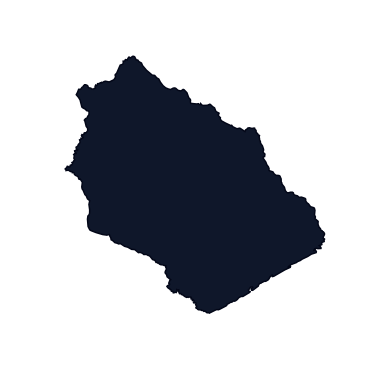 the district of Muanza, Sofala, Mozambique, rotated 19°
{"feature_id": "85939544B50673994435668", "entity_name": "Muanza", "entity_type": "district", "adm_level": 2, "iso_a3": "MOZ", "parent_name": "Mozambique", "parent_adm1": "Sofala", "projection": "mercator", "projection_center": [34.955, -19.086], "detail": "fine", "context": "isolated", "style": "filled", "palette": "ink", "viewbox_px": 384, "rotation_deg": 19, "n_neighbors": 0, "source": "geoboundaries", "source_scale": "gbopen_adm2", "svg_char_len": 5982}
<svg xmlns="http://www.w3.org/2000/svg" viewBox="0 0 384 384"><g transform="rotate(19 192 192)"><path d="M88.5,84.9L88.0,86.1L87.8,88.2L86.1,88.4L85.8,88.9L85.8,90.1L84.3,90.7L85.0,92.4L84.9,93.8L82.8,95.4L82.1,104.2L81.2,106.0L81.3,106.6L82.2,107.9L82.1,109.5L81.5,111.4L77.9,114.9L74.1,115.4L73.0,116.1L71.6,117.8L70.9,117.7L70.6,118.5L69.7,118.5L69.1,119.6L67.5,120.3L67.4,122.3L67.0,122.5L66.2,122.3L66.3,123.0L65.9,123.5L66.9,125.3L65.9,125.8L65.2,127.0L64.6,126.9L63.6,127.4L62.5,126.7L61.7,127.0L60.0,127.0L59.0,125.7L58.2,125.3L56.6,125.2L55.5,125.6L54.8,127.0L54.8,127.8L53.9,128.9L53.2,131.2L51.4,131.8L51.3,135.0L50.9,137.7L53.9,139.5L56.2,141.4L60.2,147.5L61.5,148.0L64.0,148.4L66.0,149.4L68.0,149.1L68.8,150.3L69.4,152.6L68.7,154.5L68.8,156.0L67.4,157.4L66.8,159.1L67.7,159.9L70.6,164.4L72.5,165.7L73.4,167.8L72.7,170.3L71.6,170.8L71.5,171.2L71.0,171.2L71.1,172.0L70.8,172.3L70.9,172.9L70.1,173.2L69.5,174.1L69.2,173.9L69.1,174.6L69.6,175.2L70.1,175.2L70.3,175.7L71.0,175.6L71.4,176.1L70.0,177.7L69.6,177.5L69.6,178.5L68.7,179.3L69.8,180.8L70.0,182.0L69.0,184.2L69.3,184.7L69.0,185.3L69.1,185.7L67.8,187.4L69.0,189.4L70.0,189.1L70.3,189.6L70.1,190.2L68.8,190.2L67.6,191.3L68.1,192.1L69.4,192.6L70.0,193.3L69.8,193.6L68.8,193.4L67.9,195.1L68.9,195.9L69.3,198.5L70.6,199.8L70.0,201.1L70.1,202.0L68.9,203.2L69.7,203.9L69.8,204.6L69.5,205.7L69.1,205.6L68.2,206.4L68.3,208.1L67.0,208.6L66.6,208.2L65.7,208.3L65.5,209.8L64.6,211.5L65.8,212.0L65.9,212.7L68.1,211.6L70.3,212.2L72.1,211.9L72.6,212.7L73.5,212.1L74.0,212.2L75.2,213.7L76.5,214.2L79.2,214.5L80.8,216.6L81.4,216.7L82.2,216.2L85.2,218.6L86.1,223.0L87.1,224.8L88.5,225.8L91.7,229.4L93.1,229.9L95.4,232.5L98.1,233.5L98.6,237.3L101.1,242.3L102.1,245.5L102.1,247.0L101.4,248.6L102.0,251.7L105.0,258.5L107.7,261.1L109.2,261.4L114.5,261.6L121.5,261.3L125.5,260.5L127.7,259.1L128.7,260.5L130.1,261.7L131.1,263.5L132.7,263.7L135.6,265.0L137.9,264.8L139.5,265.0L141.2,264.1L145.9,265.3L149.3,265.1L153.5,265.9L156.7,265.1L161.1,266.8L162.2,266.2L163.6,265.9L165.4,266.2L166.8,266.8L168.8,266.0L170.1,266.0L171.2,266.3L172.0,266.1L173.3,266.5L176.7,268.7L179.3,268.7L180.9,270.3L182.0,270.0L182.8,270.4L183.5,270.1L184.8,270.8L186.1,270.9L188.2,270.4L190.0,270.6L191.2,270.2L191.6,271.6L192.5,272.5L192.9,273.5L192.6,275.7L192.9,277.2L194.9,278.5L196.1,280.3L200.4,281.9L199.8,282.8L199.7,285.5L199.8,285.9L200.6,286.1L200.9,286.7L199.3,288.7L199.0,289.4L200.2,290.3L201.5,290.8L202.4,290.6L203.0,291.4L203.9,291.3L204.8,292.5L206.3,292.3L207.1,293.4L207.8,293.2L208.6,292.3L209.8,292.2L210.1,290.4L209.3,289.7L209.3,289.1L210.4,289.2L211.3,288.7L211.6,289.1L211.6,290.3L213.3,292.2L214.6,291.6L215.4,292.4L216.0,292.1L219.4,293.2L221.2,293.4L221.9,292.8L222.7,292.9L223.2,292.2L224.4,292.1L225.1,291.7L225.7,292.0L225.8,293.3L228.0,293.4L227.6,294.3L227.7,294.5L229.6,294.4L229.8,295.3L229.5,296.1L230.0,296.3L231.5,295.5L231.9,295.7L232.2,296.3L232.1,297.4L233.7,298.5L233.3,299.9L233.7,300.5L234.6,300.5L235.7,301.1L236.6,301.2L238.8,300.5L239.3,300.9L240.9,300.5L242.1,301.0L243.0,300.4L245.5,301.3L247.1,300.7L247.8,300.9L253.0,295.6L253.9,295.0L255.2,294.8L256.4,293.8L261.3,288.6L261.7,287.9L261.8,286.6L263.2,285.3L263.8,284.3L265.8,282.9L266.6,281.6L267.7,281.4L268.6,280.7L269.9,278.8L270.4,277.2L271.2,276.0L272.6,274.7L274.1,274.2L279.3,268.0L279.4,267.3L278.1,267.2L277.2,266.3L278.1,264.4L278.1,263.4L278.5,262.8L279.7,262.0L280.5,262.2L279.8,263.9L279.8,264.8L280.3,265.5L281.4,265.2L285.3,259.4L285.2,258.2L285.6,256.7L287.2,255.4L287.5,254.7L288.3,254.2L288.9,253.2L290.8,252.4L292.6,250.3L293.1,249.0L293.2,247.7L293.7,246.2L294.7,245.3L294.6,244.6L295.0,244.4L295.3,244.6L295.7,245.7L296.7,245.1L305.2,235.3L309.4,231.3L309.4,230.9L308.6,231.1L308.1,231.4L308.1,231.7L307.5,231.9L307.3,231.6L307.9,230.3L309.0,229.9L308.6,229.4L308.8,228.8L313.7,224.7L314.5,223.4L316.6,221.6L318.2,219.4L322.4,215.3L325.1,211.9L329.1,208.9L329.0,207.9L327.6,206.7L326.3,207.6L326.4,205.7L327.9,204.7L329.5,204.6L332.3,203.4L332.2,202.8L331.0,201.8L329.8,201.2L331.8,199.6L331.8,199.0L331.0,198.1L331.1,197.5L333.1,195.8L332.8,195.0L332.2,194.7L332.7,193.5L332.5,193.2L331.6,193.5L331.0,193.2L330.8,190.4L331.1,189.6L331.0,188.6L330.6,187.9L329.2,186.9L328.3,187.0L327.7,186.3L326.4,186.2L325.4,184.9L323.4,183.7L321.6,181.4L320.8,178.7L316.9,177.1L316.8,175.4L315.3,173.8L314.2,169.3L313.0,167.5L312.3,167.2L309.0,167.3L308.1,166.8L306.0,165.3L304.5,164.9L302.5,163.6L301.8,161.7L300.9,161.2L297.2,161.2L295.2,162.1L294.4,162.0L293.1,161.3L289.8,161.5L288.8,160.9L288.1,159.8L287.0,159.5L285.1,160.2L283.2,161.5L281.7,161.6L279.7,160.2L277.8,157.4L274.6,155.3L273.9,154.1L273.0,153.3L272.0,150.6L269.9,148.3L268.8,148.1L265.8,148.9L263.6,148.0L261.9,146.6L258.5,146.7L257.6,146.3L257.3,144.9L256.1,143.4L253.8,141.8L252.1,139.7L248.2,136.8L248.0,135.5L249.1,134.9L248.6,132.4L246.5,131.4L246.1,130.9L246.1,129.5L245.8,128.4L243.6,125.5L240.9,123.5L240.2,122.0L238.7,120.4L238.3,119.2L237.6,118.3L237.4,116.6L235.7,116.3L235.0,115.4L233.3,114.8L232.6,113.1L232.2,112.7L231.0,112.2L230.5,111.3L229.9,111.3L228.0,112.4L225.3,112.6L224.0,113.3L223.3,114.9L222.4,115.9L222.4,117.6L216.8,116.1L216.1,116.2L214.0,117.5L213.3,117.5L209.3,117.0L207.8,116.0L207.3,116.5L206.6,116.5L201.1,115.9L196.6,115.1L194.9,113.7L194.6,112.4L193.2,111.9L191.6,110.6L191.6,109.9L192.1,109.3L191.8,108.6L188.8,108.2L188.0,107.6L185.9,105.1L183.8,104.6L181.0,103.3L180.3,103.2L178.3,105.0L174.4,106.5L173.2,106.6L171.4,105.6L171.5,106.5L170.9,106.9L170.3,107.0L169.5,106.4L167.6,107.3L161.9,108.6L161.1,107.3L160.9,106.1L160.3,105.0L158.2,103.9L154.9,99.8L151.2,97.9L150.2,97.9L149.1,99.5L148.1,100.2L145.5,100.4L143.0,99.3L141.9,99.2L140.4,99.9L138.5,102.0L136.4,102.3L133.2,102.1L130.0,100.9L126.3,98.4L123.8,96.0L121.4,95.5L118.9,94.0L117.9,94.0L117.0,94.5L116.0,94.3L109.3,91.7L104.1,88.6L102.2,86.5L99.3,86.0L97.8,84.9L96.2,85.2L93.7,82.8L92.6,82.7L91.6,83.1L90.3,85.2L88.5,84.9Z" fill="#0f172a" stroke="#020617" stroke-width="1.5"/></g></svg>